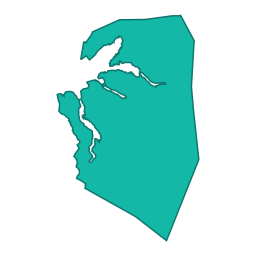 Narvik nor, Nordland, Norway (Albers equal-area conic projection)
{"feature_id": "86288312B24861070458091", "entity_name": "Narvik nor", "entity_type": "district", "adm_level": 2, "iso_a3": "NOR", "parent_name": "Norway", "parent_adm1": "Nordland", "projection": "albers", "projection_center": [17.424, 68.289], "detail": "fine", "context": "isolated", "style": "filled", "palette": "teal", "viewbox_px": 256, "rotation_deg": 0, "n_neighbors": 0, "source": "geoboundaries", "source_scale": "gbopen_adm2", "svg_char_len": 5542}
<svg xmlns="http://www.w3.org/2000/svg" viewBox="0 0 256 256"><path d="M180.6,15.4L179.5,15.8L172.4,15.8L145.0,19.5L119.5,19.8L92.5,31.9L91.3,34.9L85.8,42.7L85.5,42.0L83.7,42.1L80.8,59.0L81.7,59.1L86.1,55.8L89.5,59.9L95.1,54.9L97.9,50.7L102.8,46.5L103.6,45.4L105.9,45.3L109.3,43.7L109.5,44.1L109.2,44.4L109.3,44.8L109.8,44.5L109.7,44.2L109.7,43.8L111.3,44.0L113.6,41.8L113.8,42.0L113.7,41.5L115.4,38.8L116.2,38.1L116.5,38.3L117.7,37.3L118.8,37.6L119.0,37.4L118.5,37.5L118.7,37.0L119.1,37.2L118.8,36.8L119.1,35.9L120.4,36.5L121.0,36.9L123.0,40.5L122.6,40.8L122.5,42.4L122.1,42.4L121.8,43.6L121.5,43.8L121.5,44.7L121.8,44.8L121.9,47.0L121.0,47.7L120.6,47.5L120.4,47.9L120.8,48.1L120.3,48.3L120.5,48.6L120.3,49.2L119.9,49.0L119.3,49.8L118.9,51.1L118.6,51.1L118.9,52.0L118.9,52.3L118.1,53.0L119.0,52.9L118.8,53.9L118.8,53.5L118.3,53.5L117.7,54.0L117.9,54.3L117.6,54.7L116.6,54.4L116.8,54.7L116.0,55.4L115.5,55.1L115.4,55.3L115.6,55.5L114.6,56.4L115.8,56.1L114.8,57.5L113.7,57.1L112.8,59.3L111.2,60.0L111.1,60.5L110.8,60.5L110.4,61.2L110.5,62.3L109.9,62.7L110.1,63.3L109.7,63.5L110.0,63.7L109.9,64.2L110.1,64.5L109.7,65.7L110.4,66.4L111.8,65.7L112.1,66.1L112.8,66.0L113.7,64.5L114.5,64.3L114.6,65.0L116.9,63.9L117.3,63.9L117.7,64.6L118.5,64.2L118.7,64.7L119.1,64.6L119.6,63.7L119.7,62.9L118.8,61.7L119.2,61.0L120.1,61.4L120.8,61.3L121.4,61.6L121.2,62.6L122.9,63.4L125.3,62.4L130.6,62.6L131.4,62.9L131.5,63.4L132.6,65.1L133.5,65.1L135.2,66.7L137.2,66.8L138.8,68.2L138.5,68.2L139.0,68.4L138.8,68.6L139.8,70.0L140.1,70.9L139.3,72.9L139.3,73.3L139.5,73.8L140.8,72.3L141.8,72.4L141.9,72.9L143.4,73.6L143.9,74.5L148.1,78.2L150.3,81.0L151.5,81.8L153.9,82.9L156.0,83.1L164.9,82.6L165.2,82.8L165.3,83.6L165.1,83.7L165.4,84.0L158.7,84.6L157.6,85.6L156.1,85.8L156.5,86.4L155.7,87.0L154.7,86.7L151.0,85.0L149.3,83.2L149.0,82.5L146.2,80.4L145.5,78.9L145.1,78.9L143.8,77.4L143.2,77.7L141.7,76.8L141.4,76.3L141.5,75.6L140.6,74.8L139.9,75.1L138.9,76.8L137.9,77.3L135.3,76.2L134.2,75.3L133.4,73.8L132.2,73.3L131.8,72.6L131.5,73.3L130.8,72.2L129.4,72.4L128.6,73.2L127.6,73.3L126.6,72.9L126.2,72.1L124.7,72.4L121.7,70.6L120.6,70.8L118.7,69.7L116.2,70.2L115.9,71.1L113.5,70.3L108.1,70.7L107.6,71.8L106.5,72.5L105.6,72.1L105.1,72.5L104.4,72.0L104.2,72.4L104.4,72.0L104.9,72.4L103.8,73.1L102.8,72.2L101.5,72.4L99.9,73.4L98.9,74.5L98.3,76.7L97.9,77.5L98.6,78.5L99.8,78.6L101.7,77.6L101.8,77.8L102.2,78.2L101.7,77.6L102.3,77.5L103.5,78.7L103.3,78.8L103.5,79.0L103.3,79.4L103.5,79.0L103.9,79.2L104.7,81.3L104.7,82.2L104.3,83.5L102.6,84.1L102.7,85.2L103.7,86.0L104.7,85.9L105.2,85.2L105.2,85.9L105.5,86.0L105.7,85.4L106.0,85.5L106.0,86.2L106.4,86.8L108.9,87.8L110.3,89.1L115.4,90.5L122.3,94.6L124.7,95.3L126.2,96.6L125.2,97.5L125.7,98.0L123.7,98.1L123.4,98.5L122.2,98.4L117.9,94.9L117.5,94.3L116.4,94.4L111.1,91.4L111.0,90.9L110.0,91.3L106.7,90.0L103.7,88.1L103.4,87.6L103.5,87.1L102.1,86.3L102.1,85.6L101.5,84.5L99.3,82.7L98.5,81.5L95.3,80.8L95.2,80.5L95.5,80.3L95.1,80.6L94.6,80.2L95.4,80.1L94.9,79.9L87.1,82.0L86.9,82.4L87.6,83.7L88.6,84.1L88.7,85.3L88.1,88.1L83.3,88.9L80.8,91.1L80.9,91.4L80.8,92.4L81.4,93.9L81.2,94.7L81.6,97.1L81.3,97.8L81.4,98.2L80.7,99.4L82.2,101.5L82.5,103.0L83.3,103.8L83.8,105.2L84.7,106.5L84.8,107.1L84.7,108.3L84.4,109.5L84.7,110.8L84.1,111.4L85.5,114.9L84.0,114.9L84.4,115.4L84.2,115.6L84.6,115.7L84.4,115.9L82.6,115.6L82.7,116.4L82.5,116.9L82.8,117.4L82.6,117.5L83.8,118.5L84.3,118.4L84.2,117.9L84.4,117.9L85.3,117.9L85.5,118.0L84.7,118.7L85.5,118.6L85.7,118.9L85.4,119.1L87.0,119.8L87.4,119.8L87.5,119.3L87.9,119.5L89.5,121.2L91.7,122.7L93.4,124.9L94.4,125.6L94.7,125.9L94.7,126.9L94.8,127.3L98.6,131.6L99.1,133.0L100.1,133.7L100.5,135.1L100.8,137.6L101.4,138.5L100.3,139.8L99.1,142.4L98.0,141.0L98.5,140.1L97.6,140.1L96.8,139.0L95.0,138.7L95.1,140.4L94.7,140.8L94.6,141.2L94.9,142.3L95.0,144.8L94.4,146.4L93.9,146.8L93.6,146.5L92.4,148.5L92.2,149.2L92.2,150.8L91.9,151.1L94.3,153.2L95.6,155.4L95.9,156.5L95.5,157.8L93.5,159.2L91.3,162.1L90.3,162.5L89.2,162.0L89.1,161.5L89.2,160.8L90.8,159.5L91.5,158.0L92.6,157.7L92.7,157.3L92.3,157.0L92.3,155.7L91.7,154.7L89.9,152.8L89.6,151.9L89.0,151.5L89.0,150.1L89.4,148.7L89.1,147.9L88.6,147.5L88.8,146.8L91.1,144.7L91.9,143.3L91.7,142.6L91.8,142.4L91.7,140.9L92.5,138.7L92.6,138.0L92.4,137.1L92.6,136.8L92.4,136.6L92.7,135.3L92.5,134.7L92.7,134.4L92.2,132.7L92.3,131.3L91.8,130.7L87.9,128.5L85.9,126.5L85.4,126.6L83.8,125.8L83.8,125.1L84.1,124.8L84.1,124.4L82.9,123.1L81.2,122.2L79.6,119.8L78.6,114.4L78.8,112.5L78.5,109.7L78.9,108.7L80.6,106.5L80.7,106.0L80.4,105.8L80.2,104.6L79.4,102.9L79.5,102.2L79.3,102.0L79.2,99.4L77.8,99.1L77.3,98.6L76.3,95.9L75.0,95.3L74.9,94.6L74.0,93.9L73.7,92.8L73.4,92.4L70.8,91.5L66.0,91.7L65.8,92.0L66.1,92.1L66.1,92.5L64.9,93.0L63.6,95.0L64.0,95.7L64.0,95.9L63.6,95.4L62.7,95.6L62.8,95.5L61.2,93.8L58.2,94.1L57.2,94.8L58.7,101.5L59.7,103.7L58.9,111.2L61.0,113.4L62.5,114.3L64.2,114.6L66.8,117.2L69.1,118.8L69.2,119.1L68.6,120.6L69.5,120.8L69.3,121.9L70.8,122.8L70.3,124.1L70.7,124.4L70.8,125.3L72.5,127.2L72.9,130.0L72.3,130.5L73.0,131.3L73.6,133.3L76.4,135.9L77.8,139.6L79.5,140.6L79.8,141.5L79.8,142.2L79.1,143.4L77.3,144.8L77.4,145.6L78.8,147.5L78.9,147.9L78.8,148.5L78.0,149.9L75.3,153.6L73.9,156.4L75.9,158.4L77.1,161.0L77.2,163.1L77.4,163.6L77.4,164.1L76.5,165.1L76.2,166.3L76.6,167.2L77.6,167.8L79.0,169.6L79.4,171.7L79.5,172.6L79.3,173.9L77.4,176.1L76.6,178.4L81.3,180.8L85.8,183.8L85.2,185.4L85.5,187.2L84.9,188.2L135.4,216.5L166.5,240.6L198.8,159.5L193.4,109.6L191.4,86.6L194.1,40.6L180.6,15.4Z" fill="#14b8a6" stroke="#0f766e" stroke-width="1.5"/></svg>